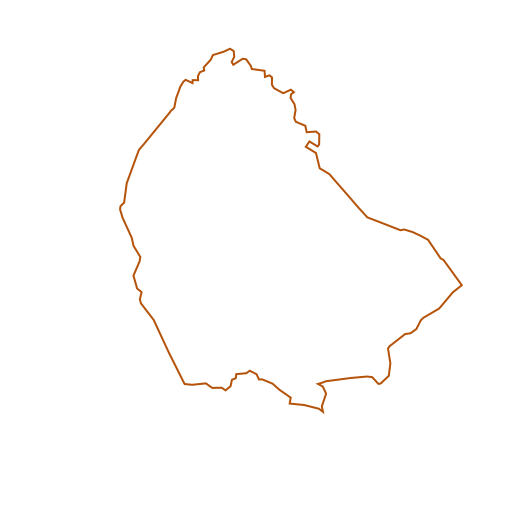 Morovis, Puerto Rico (Mercator projection), rotated 138°
{"feature_id": "32010507B35991649080507", "entity_name": "Morovis", "entity_type": "district", "adm_level": 2, "iso_a3": "PRI", "parent_name": "Puerto Rico", "parent_adm1": "", "projection": "mercator", "projection_center": [-66.426, 18.317], "detail": "fine", "context": "isolated", "style": "outline", "palette": "amber", "viewbox_px": 512, "rotation_deg": 138, "n_neighbors": 0, "source": "geoboundaries", "source_scale": "gbopen_adm2", "svg_char_len": 1744}
<svg xmlns="http://www.w3.org/2000/svg" viewBox="0 0 512 512"><g transform="rotate(138 256 256)"><path d="M143.5,429.5L153.6,434.2L158.1,432.2L168.7,431.1L170.3,428.5L174.6,430.1L178.7,428.6L181.4,425.4L185.4,429.1L187.5,427.0L190.4,434.0L193.4,434.1L198.8,432.5L209.8,426.7L217.3,421.0L219.3,420.7L222.0,420.9L223.8,420.4L264.2,414.2L272.0,413.2L303.2,396.7L305.0,395.2L318.3,383.9L323.4,383.7L325.9,381.5L329.6,373.6L336.1,352.8L340.2,345.5L342.6,332.7L346.1,329.9L360.2,323.4L366.1,311.4L365.2,305.7L371.3,301.5L373.2,297.7L374.8,277.0L385.5,242.2L390.2,225.1L393.8,212.1L394.7,208.6L389.6,203.0L378.5,194.9L376.8,187.3L369.7,181.1L368.5,176.5L362.0,176.3L356.7,180.1L352.9,178.7L349.7,181.4L341.7,175.4L337.4,174.9L334.7,167.8L336.4,162.3L333.9,160.1L329.1,150.0L328.1,141.0L325.0,127.5L329.7,123.8L319.9,113.0L311.5,100.5L310.5,95.4L307.7,100.2L296.0,106.8L293.7,114.4L295.5,119.4L291.2,117.4L287.8,116.1L267.0,101.8L254.1,92.1L250.7,88.2L250.6,79.0L248.6,77.8L237.5,78.1L231.0,83.7L228.0,86.3L219.8,98.9L217.0,99.6L197.4,98.2L192.9,95.2L185.8,94.4L176.6,97.9L173.0,98.1L155.0,94.4L134.2,97.3L122.6,96.6L119.3,127.6L120.4,130.7L117.3,152.9L120.3,161.2L123.5,168.8L128.1,176.5L131.4,178.5L147.4,210.2L147.5,223.6L147.3,231.3L146.7,267.7L148.7,274.6L150.0,278.5L142.5,292.4L145.9,303.8L139.7,305.4L136.9,296.2L134.5,296.6L127.5,304.1L128.1,308.3L135.5,314.1L133.7,317.3L132.2,319.7L136.6,329.1L135.3,333.0L128.9,338.0L125.8,343.1L124.6,350.2L121.7,352.7L118.2,352.4L118.8,356.3L126.8,358.7L130.3,368.6L129.6,372.6L124.6,378.0L125.1,381.2L129.5,383.1L125.7,387.9L134.0,397.8L132.6,400.8L131.7,408.8L133.9,411.5L144.9,413.3L144.3,416.4L138.9,418.6L135.4,423.2L136.6,427.4L143.5,429.5Z" fill="none" stroke="#b45309" stroke-width="2"/></g></svg>